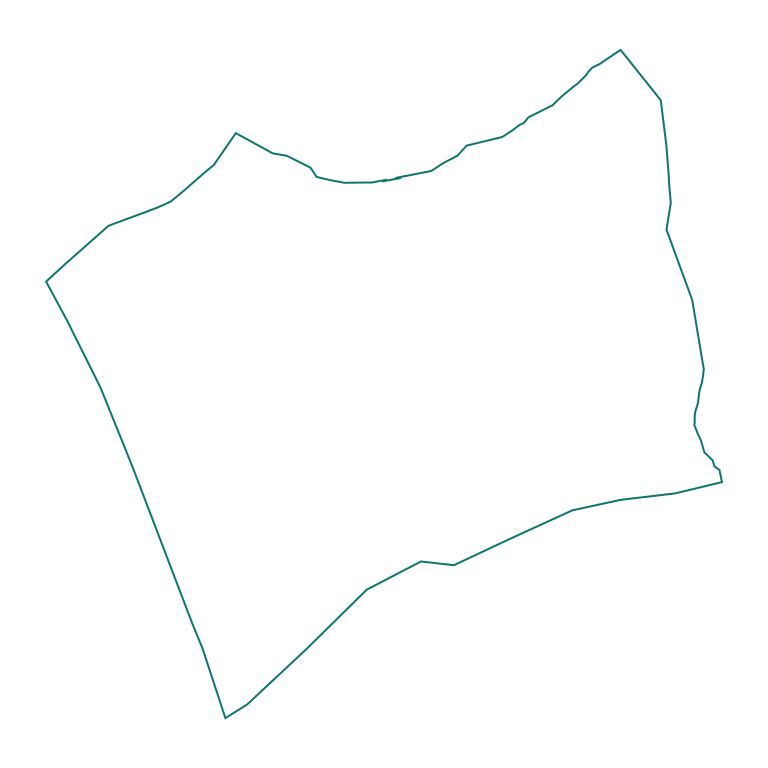 San Pedro Molinos, Oaxaca, Mexico
{"feature_id": "50627088B87243805311427", "entity_name": "San Pedro Molinos", "entity_type": "district", "adm_level": 2, "iso_a3": "MEX", "parent_name": "Mexico", "parent_adm1": "Oaxaca", "projection": "albers", "projection_center": [-97.543, 17.102], "detail": "fine", "context": "isolated", "style": "outline", "palette": "teal", "viewbox_px": 768, "rotation_deg": 0, "n_neighbors": 0, "source": "geoboundaries", "source_scale": "gbopen_adm2", "svg_char_len": 1311}
<svg xmlns="http://www.w3.org/2000/svg" viewBox="0 0 768 768"><path d="M721.9,482.1L719.5,470.0L714.4,466.3L712.7,460.4L704.3,452.2L701.0,440.5L697.7,433.6L694.3,424.9L694.7,422.4L694.7,416.0L695.4,411.4L697.9,403.2L699.5,390.5L701.8,382.9L703.0,376.2L703.8,369.2L701.4,355.2L699.8,345.4L697.4,331.1L692.2,299.9L681.0,269.4L666.5,229.6L670.8,202.9L669.5,188.8L669.2,184.3L668.5,172.2L666.2,143.8L665.2,136.0L660.8,100.5L658.2,97.0L634.4,67.2L629.4,61.0L629.0,60.4L620.5,49.9L616.0,52.9L599.0,64.4L592.4,67.5L588.4,71.7L586.0,75.3L577.6,83.7L574.5,85.8L561.3,96.7L552.3,105.5L545.8,108.6L528.5,117.3L523.7,123.1L519.4,125.0L511.8,130.8L502.2,137.0L466.7,145.6L457.4,155.7L443.1,163.2L431.2,171.0L397.3,177.6L398.9,178.4L384.0,181.1L384.9,180.0L372.0,182.5L358.7,182.6L344.4,182.8L329.1,179.9L316.6,176.9L310.8,168.1L309.0,166.9L286.8,155.8L272.6,153.3L235.8,133.1L220.4,155.5L213.7,165.1L206.5,170.9L184.8,189.9L170.8,201.5L163.0,205.1L155.8,208.2L131.4,217.3L115.1,223.3L108.5,225.8L64.8,264.4L46.1,281.6L66.9,320.2L100.6,387.8L132.6,467.1L192.0,622.8L202.5,648.4L225.4,718.1L247.2,704.4L277.6,676.0L306.1,649.4L366.7,589.7L399.9,572.4L421.0,561.5L453.9,565.2L497.9,544.5L522.2,533.2L545.0,522.8L572.4,510.3L584.5,507.7L620.7,499.8L675.0,493.4L721.9,482.1Z" fill="none" stroke="#0f766e" stroke-width="2"/></svg>